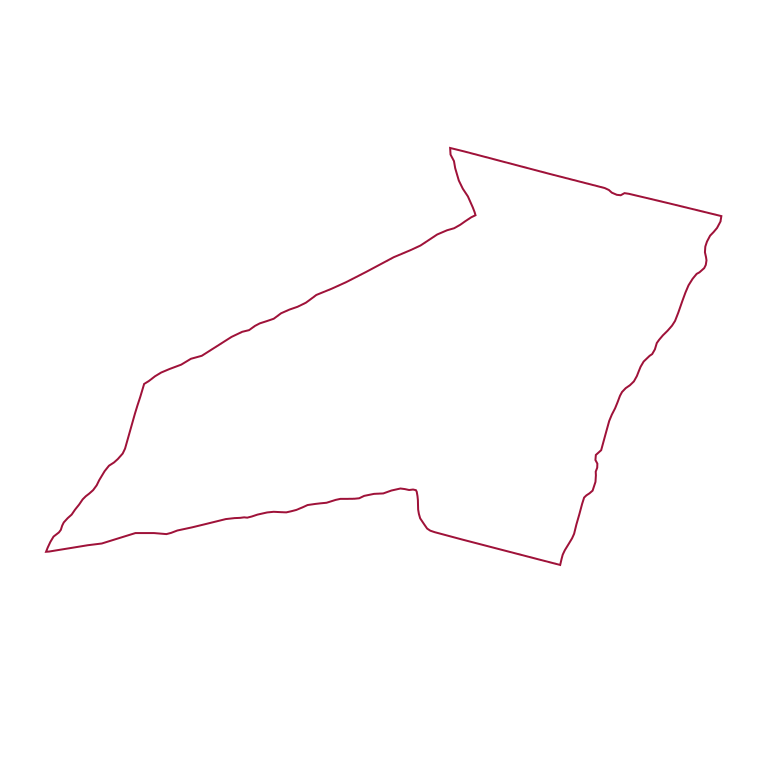 Okano, Wouleu-Ntem, Gabon, rotated 195°
{"feature_id": "22940354B24104320747688", "entity_name": "Okano", "entity_type": "district", "adm_level": 2, "iso_a3": "GAB", "parent_name": "Gabon", "parent_adm1": "Wouleu-Ntem", "projection": "equal_earth", "projection_center": [11.511, 0.744], "detail": "fine", "context": "isolated", "style": "outline", "palette": "rose", "viewbox_px": 768, "rotation_deg": 195, "n_neighbors": 0, "source": "geoboundaries", "source_scale": "gbopen_adm2", "svg_char_len": 2722}
<svg xmlns="http://www.w3.org/2000/svg" viewBox="0 0 768 768"><g transform="rotate(195 384 384)"><path d="M101.1,628.6L101.6,633.5L158.4,632.2L196.6,631.1L201.1,630.6L204.2,627.6L208.1,627.0L213.5,627.8L217.0,629.6L221.5,630.4L278.5,629.8L366.7,629.4L381.2,629.1L380.6,627.3L379.1,622.8L374.1,617.4L371.1,610.9L364.4,599.9L358.4,593.0L351.5,586.9L343.9,577.5L341.0,573.5L339.3,570.7L342.9,567.6L347.6,562.3L351.5,557.6L356.6,552.6L362.9,548.8L371.3,542.2L384.6,527.2L393.1,520.1L407.4,509.0L430.3,487.6L446.9,472.6L459.2,462.5L467.4,456.3L472.4,452.5L477.9,445.5L480.5,442.3L487.5,436.2L494.6,431.4L501.7,425.7L507.4,418.5L513.5,414.4L519.7,410.4L523.7,406.7L528.3,401.1L534.5,397.7L543.5,390.0L559.3,372.8L567.3,364.1L571.7,361.5L577.0,358.4L584.9,350.2L595.0,343.0L602.2,337.4L607.1,332.3L612.0,325.9L615.7,322.0L616.1,308.3L616.6,299.3L616.9,290.9L617.1,276.0L617.4,254.6L618.4,249.2L621.7,242.6L624.5,238.3L628.5,233.9L631.3,227.5L634.2,217.4L635.3,211.8L637.5,206.2L640.4,201.8L643.0,198.4L645.2,194.6L647.3,188.6L649.9,182.7L651.9,177.0L654.8,172.6L657.5,167.4L658.2,163.9L658.4,159.5L659.6,156.5L663.7,151.1L665.4,145.1L666.5,138.9L667.0,134.5L664.3,135.4L654.8,139.7L643.0,145.0L628.4,151.6L615.3,156.9L600.9,166.0L585.5,175.7L567.5,180.5L555.3,182.7L551.1,185.1L545.7,189.0L532.2,195.9L519.4,202.9L501.8,212.6L493.6,215.8L488.5,217.4L484.6,219.0L481.5,219.5L477.4,221.8L472.4,225.1L463.6,229.7L457.5,232.0L451.0,233.4L445.2,234.7L440.8,237.0L436.2,239.6L430.1,244.3L426.5,247.3L419.5,250.3L414.2,252.4L408.8,254.4L404.7,257.0L400.6,259.6L396.5,261.7L391.0,263.2L382.9,265.5L378.4,267.2L374.2,270.8L365.2,275.3L356.4,278.1L349.3,283.0L341.1,287.3L336.6,287.9L332.3,288.1L328.6,289.6L325.7,289.7L324.5,288.4L322.6,284.3L321.2,280.6L320.0,276.5L318.5,271.5L316.7,267.6L314.3,263.6L308.7,258.7L304.9,255.5L301.3,254.3L296.6,254.0L293.0,254.0L291.5,254.0L267.8,254.0L189.5,254.6L167.0,254.8L167.2,261.0L167.2,265.4L166.3,270.3L164.3,277.0L162.4,283.6L161.6,288.5L161.8,298.1L161.6,308.7L161.6,319.5L161.3,326.1L159.7,328.8L157.2,331.6L154.9,335.0L154.4,344.2L155.7,350.7L156.8,354.1L156.4,358.4L157.3,362.3L160.1,365.3L161.0,370.3L159.3,372.9L157.1,376.3L157.0,395.9L156.9,406.6L156.0,413.4L154.5,420.3L153.7,426.6L153.0,433.7L152.0,437.9L149.5,442.5L146.1,446.5L143.3,451.2L141.8,457.1L141.2,462.4L140.6,467.1L139.0,472.9L134.7,480.0L132.7,482.3L131.3,487.6L131.1,494.2L129.7,497.9L127.2,503.2L123.9,508.8L120.9,514.9L119.2,520.2L118.2,529.2L117.3,541.4L116.5,550.3L115.4,558.1L113.1,565.6L110.5,571.3L108.2,573.5L104.7,578.8L104.0,582.3L104.5,586.9L105.8,589.9L108.1,594.3L109.2,599.9L108.9,605.1L107.4,611.7L105.0,616.0L102.7,620.9L101.0,628.2L101.1,628.6Z" fill="none" stroke="#9f1239" stroke-width="2"/></g></svg>